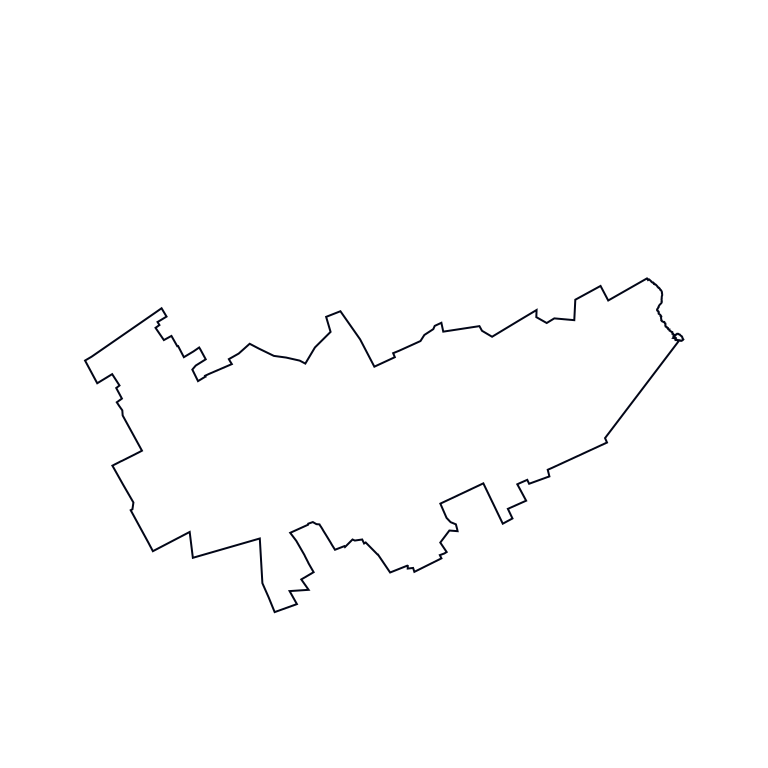 the district of Hecelchakán, Campeche, Mexico, rotated 148°
{"feature_id": "50627088B80471800868115", "entity_name": "Hecelchakán", "entity_type": "district", "adm_level": 2, "iso_a3": "MEX", "parent_name": "Mexico", "parent_adm1": "Campeche", "projection": "robinson", "projection_center": [-90.315, 20.094], "detail": "fine", "context": "isolated", "style": "outline", "palette": "ink", "viewbox_px": 768, "rotation_deg": 148, "n_neighbors": 0, "source": "geoboundaries", "source_scale": "gbopen_adm2", "svg_char_len": 5791}
<svg xmlns="http://www.w3.org/2000/svg" viewBox="0 0 768 768"><g transform="rotate(148 384 384)"><path d="M111.1,264.3L111.4,264.4L111.7,264.4L111.8,264.7L112.1,265.5L112.3,265.8L112.4,266.1L112.7,266.5L113.0,266.5L113.5,266.8L113.4,267.0L113.3,267.5L113.1,267.8L113.1,268.3L113.6,269.1L113.9,269.4L114.4,269.8L114.1,269.9L113.8,270.1L113.7,270.4L113.4,270.8L113.2,271.3L112.8,271.5L112.4,271.9L112.1,272.3L112.3,272.9L112.6,273.3L112.7,273.5L112.3,273.6L112.2,273.7L112.2,274.0L112.4,274.4L112.3,274.8L112.4,275.1L112.1,275.4L112.2,275.5L112.5,275.7L112.6,275.8L112.6,276.0L112.7,276.4L112.8,276.6L112.9,276.8L113.2,277.2L113.2,277.5L113.5,278.0L113.4,278.1L113.4,278.4L113.5,278.7L113.4,279.0L113.2,279.1L113.4,279.3L113.7,279.9L113.9,280.0L113.8,280.4L113.8,280.6L113.6,280.7L113.5,280.9L113.5,281.0L113.9,281.6L114.2,281.9L114.2,282.1L114.2,282.4L114.1,282.5L114.3,282.9L114.5,283.0L114.7,283.4L114.6,283.6L114.5,283.8L114.6,284.0L114.5,284.3L114.3,284.4L114.2,284.8L114.2,285.0L113.9,285.3L113.6,285.5L113.3,286.2L113.6,286.7L113.6,287.0L113.4,287.7L113.4,287.8L113.4,288.0L113.8,288.1L114.0,288.3L114.1,288.6L114.8,289.5L115.0,289.9L115.0,290.4L114.8,290.7L114.9,290.9L115.1,291.1L114.9,291.4L114.7,291.7L114.4,292.3L114.2,292.9L114.0,293.4L113.7,293.7L113.3,294.0L113.0,294.3L113.0,294.8L113.4,295.2L113.1,295.5L113.0,295.9L113.1,296.5L113.5,297.2L113.6,297.7L113.8,298.0L113.7,298.3L113.5,298.9L113.2,299.0L112.9,299.2L112.8,299.6L112.8,300.1L112.9,300.4L113.1,300.7L113.0,301.1L113.3,301.3L113.3,301.9L112.8,302.6L112.3,302.8L111.8,302.9L111.1,303.4L110.9,303.4L110.3,303.7L110.3,303.9L110.2,304.1L109.3,304.6L108.5,305.0L107.7,305.2L106.6,305.5L106.3,305.5L105.6,305.8L105.2,306.1L104.9,306.6L104.9,306.8L104.6,306.9L104.5,307.1L104.4,307.5L104.2,307.7L104.1,308.0L103.9,308.5L103.7,308.9L103.4,309.0L103.1,309.5L102.9,309.7L102.8,309.9L102.7,310.1L102.5,310.5L102.4,310.6L101.9,311.1L101.7,311.4L101.2,311.7L100.9,312.1L100.6,312.6L100.5,312.9L100.3,313.2L100.3,313.3L100.3,313.5L100.1,313.9L100.0,314.1L99.9,314.3L99.7,314.4L99.6,314.6L99.4,315.7L99.4,316.2L99.4,316.7L99.5,316.8L99.5,317.1L99.7,317.3L99.6,317.5L99.7,317.8L99.7,318.3L99.6,318.6L99.7,318.9L99.7,319.3L99.8,319.8L100.1,319.9L100.1,320.0L100.3,320.3L100.4,320.8L100.3,321.2L100.5,321.5L100.4,321.8L100.5,322.3L100.5,322.5L100.6,323.0L100.7,323.6L100.9,324.1L101.0,324.6L101.4,324.8L101.4,325.1L101.5,325.4L101.8,325.6L101.7,325.7L101.6,326.1L101.8,326.7L102.0,326.8L102.0,327.0L102.0,327.5L102.4,327.7L102.5,327.7L102.6,327.9L102.7,328.1L102.8,328.2L102.9,328.6L102.9,328.9L102.9,329.1L103.1,329.3L103.1,329.5L103.1,329.8L103.1,330.0L103.4,330.9L103.6,331.7L103.9,332.2L103.9,332.4L104.2,332.6L104.3,332.5L104.3,332.3L104.5,332.4L104.6,332.5L104.8,332.4L104.9,332.2L105.0,332.2L105.0,332.5L104.8,332.8L104.9,333.1L105.0,333.2L104.9,333.4L104.9,333.9L104.9,334.1L105.0,334.2L149.6,336.0L148.4,352.4L177.1,354.1L188.8,337.3L204.8,349.4L213.7,349.5L219.4,360.0L215.4,365.9L235.1,366.3L267.3,366.8L272.7,377.2L272.4,382.5L306.0,397.0L302.9,405.5L310.2,406.4L313.1,404.4L323.8,404.2L330.3,401.1L340.2,402.4L353.6,404.2L355.3,404.5L359.9,405.3L360.6,401.0L383.0,403.8L380.6,434.5L382.4,468.8L397.5,471.6L401.7,456.5L423.2,451.6L439.9,443.0L443.1,448.5L453.0,458.3L462.5,466.2L471.4,480.4L476.6,489.3L491.1,486.8L502.4,487.3L502.5,484.9L502.5,481.5L524.6,484.9L527.3,485.3L531.4,485.8L531.5,484.8L532.0,484.9L540.2,485.0L538.9,497.8L533.9,499.4L522.1,499.4L521.4,510.8L521.4,512.9L528.3,512.6L539.5,512.8L538.5,525.3L539.3,525.6L538.8,537.4L540.2,537.5L547.4,537.9L548.0,552.7L543.2,553.0L543.2,556.6L540.2,556.5L532.7,556.4L532.5,566.1L540.2,565.7L617.5,562.1L625.1,562.3L626.8,536.6L609.3,536.4L609.1,522.9L613.2,522.5L614.0,510.5L620.3,510.1L620.2,505.8L619.9,500.3L622.3,495.8L624.6,455.7L627.6,455.9L647.1,457.7L648.3,457.9L649.9,458.0L657.6,458.7L657.7,456.1L658.6,436.8L659.3,416.3L663.7,411.1L665.7,411.2L667.9,374.0L668.2,370.2L668.3,368.3L668.4,367.3L668.6,364.7L627.2,361.5L638.2,337.9L571.2,318.8L592.7,279.5L594.9,264.1L597.6,248.5L574.5,243.5L573.8,258.4L557.0,249.4L557.7,262.1L543.4,261.7L543.0,272.3L542.9,272.5L542.3,279.6L542.1,281.1L541.5,297.5L542.4,307.5L523.0,304.9L522.3,305.7L517.5,304.6L515.6,301.0L513.1,299.1L513.2,297.7L513.1,296.6L513.1,295.7L513.1,294.6L513.1,294.4L513.1,294.0L513.2,291.4L513.2,290.8L513.2,290.7L513.2,290.1L513.2,288.0L513.3,277.5L513.4,275.6L513.4,272.4L513.4,271.1L513.4,269.4L503.5,267.5L503.5,266.4L493.1,268.8L491.7,266.7L484.9,263.7L485.4,259.3L483.5,259.3L479.8,242.7L479.5,242.6L478.7,220.9L460.5,217.6L460.2,217.2L461.7,214.9L456.8,212.6L457.8,208.6L427.7,205.7L427.3,209.3L422.6,208.3L419.9,208.3L420.3,219.7L406.2,225.1L399.6,220.2L398.9,222.1L397.4,226.9L400.7,231.5L400.9,232.3L401.9,237.3L399.6,252.7L352.4,247.1L354.7,226.3L354.7,226.1L357.3,202.6L346.3,201.9L345.1,212.5L325.3,209.7L324.4,223.2L324.1,228.3L321.5,228.0L313.3,226.8L313.8,222.5L292.7,218.0L290.6,224.5L285.8,223.8L225.9,216.2L225.2,221.0L169.3,242.2L111.1,264.3ZM110.4,264.7L110.2,264.3L109.7,263.6L109.2,263.1L108.3,262.9L108.0,262.9L107.8,263.0L107.3,263.0L106.9,263.0L106.7,263.1L107.0,263.5L106.7,263.7L106.5,264.1L106.6,264.5L106.4,264.9L106.4,265.5L106.2,265.8L106.2,266.7L106.3,267.0L106.7,267.6L106.8,268.0L106.8,268.4L106.9,268.7L106.9,269.1L107.1,269.4L107.4,269.5L107.6,269.9L107.8,270.3L107.9,270.7L108.2,270.9L108.6,271.1L108.9,271.3L109.2,271.2L109.6,271.0L110.3,271.1L110.5,271.1L110.8,271.2L110.9,271.4L111.2,271.4L111.3,270.9L111.4,270.7L111.8,270.7L112.2,270.8L112.7,270.6L112.9,270.3L113.3,270.0L113.5,269.6L113.4,269.1L113.1,268.7L112.7,268.5L112.4,268.5L112.4,268.3L112.2,268.2L112.5,267.7L112.8,267.1L112.8,266.8L112.4,266.5L112.2,266.4L112.0,266.1L111.8,265.5L111.7,265.2L111.1,265.0L110.6,265.0L110.4,264.7Z" fill="none" stroke="#020617" stroke-width="2"/></g></svg>